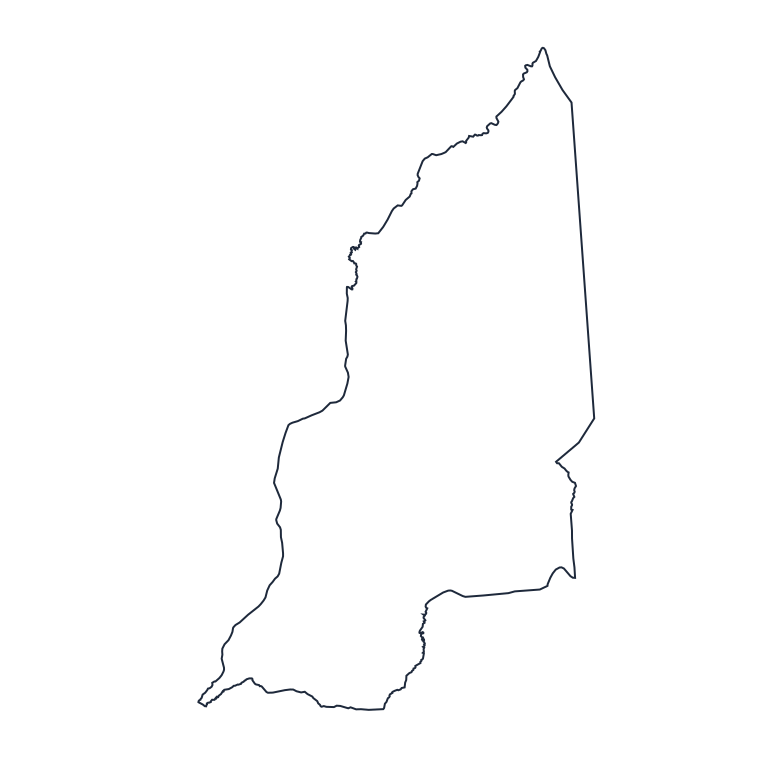 Chi Kraeng, Siemréab, Cambodia (Albers equal-area conic projection), rotated 176°
{"feature_id": "14789045B44896386917879", "entity_name": "Chi Kraeng", "entity_type": "district", "adm_level": 2, "iso_a3": "KHM", "parent_name": "Cambodia", "parent_adm1": "Siemréab", "projection": "albers", "projection_center": [104.442, 13.166], "detail": "fine", "context": "isolated", "style": "outline", "palette": "slate", "viewbox_px": 768, "rotation_deg": 176, "n_neighbors": 0, "source": "geoboundaries", "source_scale": "gbopen_adm2", "svg_char_len": 6046}
<svg xmlns="http://www.w3.org/2000/svg" viewBox="0 0 768 768"><g transform="rotate(176 384 384)"><path d="M494.0,318.1L495.9,307.0L499.6,297.5L500.6,293.0L495.0,276.0L494.8,274.0L495.8,267.6L496.7,265.0L500.9,256.7L501.0,255.7L500.3,252.2L497.7,248.3L497.1,245.7L497.5,238.4L496.7,232.7L496.5,222.1L496.7,219.2L498.9,212.8L501.8,202.1L503.5,199.5L506.3,197.4L508.9,194.3L512.1,191.2L514.9,186.1L517.1,179.4L519.2,176.4L522.3,173.0L524.7,170.8L535.7,163.3L544.6,156.2L549.0,153.9L551.1,151.9L551.6,151.1L552.5,147.3L554.2,143.8L557.0,139.3L561.2,135.5L563.7,131.3L564.1,128.6L564.1,125.2L565.1,121.3L563.4,112.1L563.5,110.1L564.2,108.3L566.3,104.8L568.7,102.2L572.9,99.0L573.9,99.1L576.2,97.9L576.1,95.7L577.1,94.0L579.1,92.7L580.9,92.4L581.6,91.1L583.9,88.5L586.6,86.8L587.8,83.6L588.9,82.6L589.1,81.9L590.3,81.4L591.1,80.5L591.3,79.5L587.1,76.9L585.2,75.1L583.9,74.9L583.6,76.0L582.9,76.7L583.0,77.7L581.6,78.4L580.7,78.3L579.0,78.8L579.0,79.4L577.5,81.0L575.1,80.8L574.3,82.0L573.9,82.3L573.5,81.9L572.8,82.6L573.2,83.1L572.4,83.8L571.2,83.3L570.5,84.6L568.2,86.1L566.3,88.7L565.9,88.3L565.4,88.5L565.1,89.7L564.6,90.1L560.1,90.5L556.6,92.1L555.0,93.4L553.6,93.4L550.9,94.4L550.2,94.2L547.5,94.9L547.0,95.9L544.8,96.8L543.7,97.9L542.9,98.0L541.8,99.0L539.0,99.7L536.9,99.6L536.3,99.5L535.8,98.8L535.9,97.6L533.7,94.0L532.6,93.2L529.7,92.4L529.0,91.2L528.0,91.3L527.0,90.7L522.7,84.9L521.3,84.1L516.4,83.9L504.3,85.5L498.9,85.8L495.8,85.5L492.7,83.6L488.2,82.1L484.5,82.5L481.9,80.0L477.3,77.2L476.4,75.6L472.7,72.3L471.9,70.0L470.3,68.5L469.6,66.9L468.7,66.4L466.5,66.9L464.1,66.0L456.5,65.2L453.6,66.4L450.1,65.9L442.3,63.0L439.9,63.8L434.5,61.4L429.6,61.2L421.9,60.0L407.4,59.7L406.5,60.8L405.4,65.0L403.7,66.7L402.1,70.2L400.7,71.1L400.1,72.1L400.3,72.8L399.8,73.9L397.3,75.2L397.5,75.7L396.9,76.3L394.7,77.2L392.1,78.0L391.1,77.5L388.7,78.2L387.6,79.5L384.6,79.9L383.7,84.7L382.5,87.1L382.0,91.4L378.8,93.9L376.7,94.6L376.0,95.9L374.7,96.7L374.4,98.1L372.9,98.5L372.4,99.0L372.4,100.6L367.1,103.1L367.1,104.3L366.1,105.1L366.0,106.2L365.3,106.4L364.3,107.3L363.0,112.5L364.0,113.1L362.9,114.1L363.0,116.9L362.3,118.1L363.4,119.1L362.0,119.9L361.7,120.4L362.2,121.5L361.4,122.0L361.9,123.7L362.5,124.1L362.8,125.0L361.9,125.6L361.9,126.3L362.7,126.3L363.6,125.8L364.0,126.7L363.7,127.3L362.9,127.6L362.7,128.1L362.9,128.5L363.6,128.5L364.8,130.0L364.4,131.7L363.8,132.3L362.2,132.6L362.1,133.3L362.7,133.8L365.1,132.9L365.9,133.2L366.0,133.9L365.4,135.4L362.4,139.1L361.9,142.0L360.2,143.0L360.9,144.5L359.5,145.0L359.2,145.4L360.8,147.8L360.8,148.7L359.5,150.1L360.7,151.2L359.4,151.0L358.0,151.9L357.8,152.8L358.4,153.8L356.5,157.2L357.4,157.7L358.0,159.0L357.6,161.1L354.3,164.1L352.3,165.4L339.5,171.9L334.4,173.4L332.3,173.4L330.7,173.0L320.3,167.0L317.7,166.0L299.4,166.1L274.4,166.7L268.0,168.0L242.9,168.1L235.0,171.2L234.7,172.9L231.6,179.1L228.9,183.3L225.6,186.9L221.7,188.7L219.7,188.7L217.4,187.4L211.4,179.3L209.2,177.6L206.9,177.3L206.8,187.7L207.3,196.8L207.2,216.9L206.7,224.6L206.8,241.5L204.7,245.2L206.0,245.7L205.8,248.5L204.9,249.9L204.8,250.7L205.5,252.5L205.3,253.3L204.8,253.8L203.3,256.9L202.0,258.1L203.0,261.1L201.7,262.3L201.3,263.2L201.7,264.9L201.2,266.6L199.6,268.8L200.4,272.1L203.0,273.3L204.6,275.3L206.4,278.8L206.5,280.4L206.0,282.9L207.0,283.5L208.3,284.9L209.8,287.1L212.4,289.0L215.0,292.7L216.9,292.9L217.8,294.4L193.7,312.0L176.7,335.0L177.3,651.7L185.4,664.8L191.9,678.1L196.4,689.4L198.3,700.4L199.0,702.1L199.7,705.7L201.0,707.8L202.1,708.3L203.2,707.8L204.6,705.3L205.4,704.8L205.2,704.1L207.3,699.5L209.9,695.6L213.0,694.1L213.5,693.4L213.7,691.3L214.1,690.6L215.1,690.6L218.7,692.3L220.4,692.0L221.0,691.5L220.9,689.7L219.1,687.5L219.1,686.0L219.8,685.0L223.0,683.9L223.7,683.1L223.8,680.5L223.1,678.2L223.9,677.2L226.0,676.2L226.9,675.4L230.3,669.8L232.6,668.2L233.1,667.3L233.2,664.2L234.8,662.1L234.7,661.5L235.1,661.0L242.4,652.6L247.8,647.3L253.2,643.0L253.3,641.6L251.6,637.7L252.0,636.5L253.1,635.0L253.9,634.5L255.5,634.9L258.7,636.7L259.9,636.5L263.1,634.0L263.6,632.8L263.4,631.7L262.2,629.8L262.2,628.5L262.8,627.4L263.5,627.1L264.7,626.9L267.1,627.3L268.2,626.8L268.8,625.5L269.7,625.4L272.2,625.7L272.8,625.3L273.8,625.3L275.2,626.3L276.0,626.4L277.8,624.5L281.8,625.5L282.3,623.9L285.1,620.8L285.2,619.2L285.7,618.7L288.6,620.6L290.7,620.4L294.5,618.8L298.3,615.7L299.7,616.5L300.4,616.4L306.3,611.0L307.8,610.4L310.7,609.4L316.0,608.6L319.3,610.0L320.3,610.1L324.6,607.1L327.6,606.0L329.9,603.6L335.7,591.4L335.9,590.0L335.2,588.1L334.1,586.7L334.9,584.4L336.7,583.0L336.6,581.6L337.2,579.3L338.8,576.7L341.4,576.3L342.5,575.2L343.2,574.3L343.3,572.2L344.1,571.7L345.3,569.2L349.5,566.1L353.5,560.9L354.3,560.5L357.9,561.2L362.1,558.4L364.1,555.9L368.9,547.8L373.8,540.8L379.2,534.8L382.2,534.7L388.4,535.6L390.5,536.3L391.2,536.2L391.9,535.4L393.3,535.4L394.4,533.5L396.5,532.2L396.5,531.5L397.7,529.3L398.0,527.9L397.9,527.4L397.0,527.1L397.3,526.2L397.1,525.7L397.4,525.2L399.1,524.5L399.5,523.8L399.2,522.4L400.9,521.4L401.0,520.9L402.3,522.2L402.8,522.1L402.7,520.9L403.3,519.9L404.4,521.0L404.8,522.8L405.5,522.9L407.3,521.9L407.6,520.6L406.7,519.7L407.2,518.9L406.9,517.7L408.0,517.2L407.6,516.0L408.2,515.1L408.9,515.3L409.4,514.2L410.2,513.5L409.3,512.1L410.1,510.8L407.7,508.8L406.5,508.9L405.6,507.6L405.2,506.4L403.9,506.3L403.4,505.8L403.4,504.1L402.7,503.0L403.8,500.4L403.4,498.8L404.3,497.6L403.7,496.1L404.1,495.0L403.5,494.6L403.0,492.8L403.7,490.9L404.2,490.6L404.5,488.5L404.9,488.2L404.4,487.7L404.6,486.6L407.1,484.2L409.0,483.9L409.4,483.5L408.8,481.3L409.0,480.6L409.6,480.6L413.0,483.3L414.1,483.4L414.3,482.9L414.8,476.7L414.2,472.3L414.5,469.4L418.3,449.7L417.9,445.2L418.1,439.7L419.2,429.9L418.0,415.9L418.6,413.9L420.0,411.8L421.5,405.1L421.5,404.1L419.2,397.8L418.8,393.5L420.5,387.0L424.8,375.5L426.0,373.7L429.0,370.6L433.0,369.1L438.9,368.9L447.3,361.7L450.3,360.3L458.4,357.8L465.5,355.2L467.3,355.1L472.5,353.0L478.0,351.8L480.6,350.8L482.2,349.6L485.6,342.1L489.1,333.2L494.0,318.1Z" fill="none" stroke="#1e293b" stroke-width="2"/></g></svg>